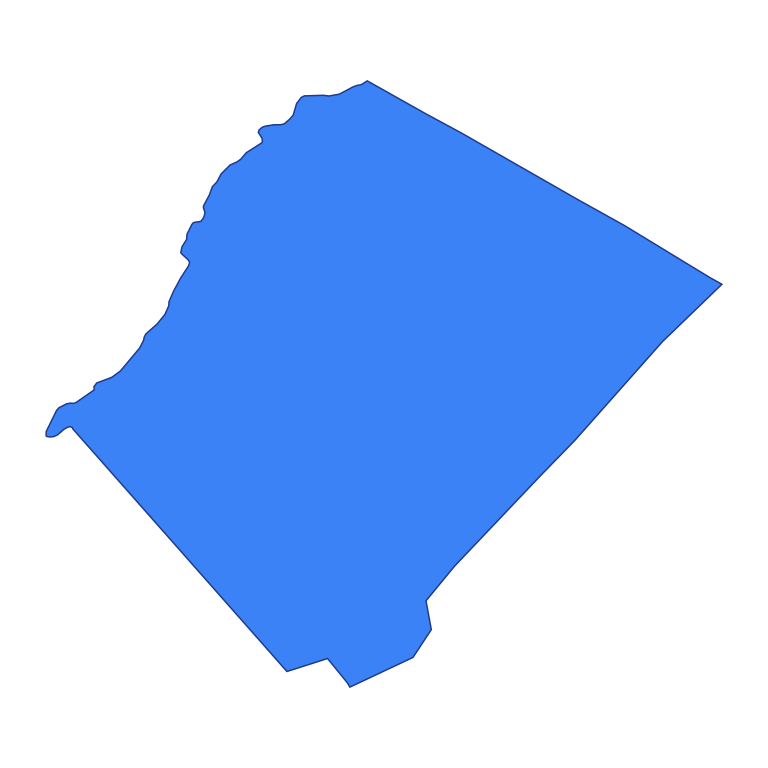 Sussex, New Jersey, United States of America
{"feature_id": "52423323B31235652397007", "entity_name": "Sussex", "entity_type": "district", "adm_level": 2, "iso_a3": "USA", "parent_name": "United States of America", "parent_adm1": "New Jersey", "projection": "robinson", "projection_center": [-74.813, 41.128], "detail": "fine", "context": "isolated", "style": "filled", "palette": "blue", "viewbox_px": 768, "rotation_deg": 0, "n_neighbors": 0, "source": "geoboundaries", "source_scale": "gbopen_adm2", "svg_char_len": 1314}
<svg xmlns="http://www.w3.org/2000/svg" viewBox="0 0 768 768"><path d="M286.9,671.5L327.5,658.5L347.5,683.0L349.9,687.1L413.0,657.4L431.3,629.6L426.0,600.8L454.6,566.1L539.8,476.4L575.1,440.1L662.5,341.6L721.9,284.3L709.4,277.3L624.2,225.4L578.7,200.1L462.1,133.4L425.1,113.4L367.3,80.9L361.2,84.7L357.1,85.4L352.6,87.1L339.2,94.2L329.0,96.0L323.3,95.3L304.3,95.9L301.3,97.4L296.6,103.5L293.2,115.1L289.7,119.1L284.5,123.7L280.9,124.7L273.7,124.8L265.5,126.1L262.3,127.2L259.1,129.9L258.3,132.4L262.0,138.2L262.4,141.5L261.8,142.8L246.3,152.7L240.7,159.3L236.8,162.0L230.1,165.0L221.2,173.8L216.9,181.9L212.2,186.9L211.9,188.0L209.2,195.3L203.6,205.7L203.4,207.7L205.0,212.4L204.1,216.5L203.0,218.6L200.8,221.4L194.6,222.3L193.2,222.9L191.9,224.4L187.0,234.2L186.6,239.4L182.1,246.6L180.8,252.4L181.4,253.6L187.9,259.6L189.6,262.0L189.2,263.9L188.4,266.1L180.9,277.6L173.6,291.1L169.0,301.7L168.8,305.7L164.9,314.5L157.0,324.1L145.9,333.9L144.3,336.9L143.6,340.2L139.8,347.8L120.4,371.0L111.8,377.3L96.7,383.0L93.9,386.7L94.3,389.1L93.6,390.3L75.9,402.6L73.7,403.4L70.5,403.1L66.6,403.8L59.0,407.7L56.5,410.5L46.2,431.6L46.1,435.8L46.9,436.5L49.9,437.0L53.7,436.6L57.5,434.9L64.0,429.3L67.5,427.3L70.3,426.6L72.5,427.6L72.8,428.9L264.2,645.7L286.9,671.5Z" fill="#3b82f6" stroke="#1e3a8a" stroke-width="1.5"/></svg>